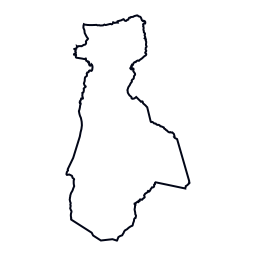 Morazan, Yoro, Honduras (Natural Earth projection)
{"feature_id": "27666195B65366922355243", "entity_name": "Morazan", "entity_type": "district", "adm_level": 2, "iso_a3": "HND", "parent_name": "Honduras", "parent_adm1": "Yoro", "projection": "natural_earth1", "projection_center": [-87.562, 15.347], "detail": "fine", "context": "isolated", "style": "outline", "palette": "ink", "viewbox_px": 256, "rotation_deg": 0, "n_neighbors": 0, "source": "geoboundaries", "source_scale": "gbopen_adm2", "svg_char_len": 5569}
<svg xmlns="http://www.w3.org/2000/svg" viewBox="0 0 256 256"><path d="M83.9,24.2L83.5,25.6L83.4,27.8L84.4,30.2L84.7,33.0L86.6,36.7L87.7,38.2L88.0,38.8L87.5,39.5L86.4,40.6L86.0,41.3L85.9,41.7L86.1,42.6L86.1,43.2L85.8,43.9L85.3,44.5L84.8,44.7L83.7,44.9L81.7,46.2L80.5,46.1L78.7,46.1L77.8,46.7L76.9,46.1L77.0,47.0L76.5,47.8L76.3,48.7L74.8,48.8L74.3,49.0L74.4,49.3L75.5,50.1L75.7,50.4L75.7,50.9L75.3,51.6L75.8,52.3L75.9,52.8L75.7,53.4L74.3,53.8L74.1,54.1L74.0,54.6L74.2,54.8L75.5,54.5L76.0,54.7L76.1,55.1L75.8,56.1L75.8,56.8L76.0,57.4L76.4,57.7L82.2,58.6L84.4,59.1L85.0,59.0L85.3,58.8L85.5,58.5L85.8,58.5L85.9,58.8L86.1,60.4L86.3,60.8L87.3,61.2L87.9,62.1L88.5,61.6L88.8,61.8L89.1,62.6L89.1,64.5L89.6,65.4L90.2,65.7L90.8,65.5L91.0,65.2L91.2,64.4L91.3,64.2L92.0,64.9L92.4,66.0L92.5,66.8L92.5,67.6L92.2,69.8L91.7,70.7L91.4,70.9L91.1,70.9L90.1,70.4L89.6,70.5L89.1,70.8L88.7,71.9L88.5,72.2L88.1,72.4L87.4,72.4L87.2,72.6L86.7,73.6L87.0,74.8L86.8,76.0L85.4,77.0L85.1,77.4L84.9,78.1L84.8,79.0L84.7,81.0L83.9,83.4L84.0,83.6L84.3,84.8L85.1,86.0L85.6,86.3L85.7,86.6L85.5,87.0L84.7,87.5L83.7,88.6L83.7,88.9L83.9,89.7L83.8,91.0L83.4,91.9L83.4,92.3L83.2,92.5L82.3,93.0L82.5,93.9L82.3,95.9L82.8,97.6L82.9,98.5L82.7,98.7L82.2,98.4L81.9,98.3L81.2,98.5L80.7,100.3L80.0,101.1L80.3,101.9L79.7,102.3L79.8,102.8L80.2,103.1L80.1,103.5L80.7,103.9L80.1,105.6L79.9,107.5L79.4,109.7L78.9,111.1L79.4,113.8L80.0,115.9L80.9,117.9L81.7,121.8L81.9,125.3L81.4,129.1L80.6,132.2L79.8,136.6L73.2,157.9L67.7,169.3L68.0,170.2L68.0,170.5L67.4,171.2L66.9,172.0L66.5,173.7L66.5,174.4L66.9,174.9L67.3,174.9L69.2,174.5L71.7,175.7L72.1,176.1L72.5,177.7L73.1,178.3L73.8,178.7L74.1,179.3L73.7,180.6L73.7,183.3L73.9,184.9L74.2,186.1L73.3,188.3L72.5,190.6L71.0,193.2L70.3,195.5L70.2,196.7L69.9,197.9L69.9,198.8L69.7,199.6L70.2,201.9L70.7,203.1L70.3,204.8L70.7,205.9L70.3,207.8L70.2,208.5L70.7,209.5L70.9,210.2L71.3,210.7L71.5,211.4L71.4,212.2L71.0,213.5L70.8,215.1L71.0,217.3L71.3,218.1L71.1,218.6L71.0,218.9L71.2,219.6L91.7,232.7L93.1,235.5L100.9,240.5L112.5,239.2L116.9,240.6L117.1,240.5L117.2,240.2L118.4,237.1L120.2,236.0L122.2,235.3L123.0,233.8L123.5,233.1L124.2,231.4L125.1,230.3L127.1,229.2L128.6,227.8L130.2,226.7L131.1,226.2L132.4,225.7L132.6,225.4L133.2,223.0L133.9,221.2L134.2,219.0L134.9,218.1L135.5,218.0L135.6,217.9L136.0,215.8L135.8,215.1L135.3,214.2L135.2,212.6L134.6,209.7L134.6,209.2L135.0,207.0L135.0,205.9L135.4,205.3L135.5,204.9L135.4,204.6L134.6,204.2L134.5,203.9L134.6,203.5L134.9,203.4L135.6,203.4L135.8,202.9L136.3,202.7L136.6,202.3L137.0,202.2L137.4,201.8L137.7,201.8L138.2,202.0L138.5,201.1L139.1,201.4L139.5,201.2L139.7,200.9L139.7,199.8L140.1,199.4L140.8,199.6L141.2,199.5L141.9,199.8L143.2,198.5L144.4,197.6L144.7,197.1L144.1,195.3L144.8,194.4L144.9,194.0L145.3,193.6L147.9,192.0L148.0,191.8L147.9,191.1L148.1,190.9L148.4,191.0L148.9,191.6L149.3,191.5L150.0,190.6L150.9,188.8L151.6,188.1L151.9,187.4L153.2,187.3L153.8,186.9L154.1,186.4L154.1,184.7L154.3,184.5L154.7,184.4L154.9,184.3L154.9,184.0L155.0,182.9L155.6,182.3L185.3,188.5L185.3,187.7L185.7,187.1L185.8,186.1L187.4,185.1L188.5,183.9L189.3,183.3L189.5,182.9L189.0,182.2L189.2,181.7L189.2,181.1L177.1,139.1L175.1,138.1L174.6,137.7L174.1,137.0L174.5,136.8L174.6,136.5L173.9,134.0L172.3,132.4L172.0,132.4L171.1,132.6L170.3,132.1L169.3,132.4L168.1,131.7L167.4,131.1L167.1,130.6L166.0,130.0L165.4,129.3L165.3,129.1L164.5,128.8L164.0,128.2L163.9,127.6L163.6,127.3L162.9,127.1L161.4,126.4L160.4,126.3L159.8,125.5L158.8,124.9L157.5,124.9L156.8,124.6L156.4,124.4L155.7,123.6L154.1,123.4L153.2,122.5L152.5,122.0L151.9,121.9L151.7,122.0L151.2,122.1L150.9,121.8L150.6,121.2L147.2,107.2L146.5,106.6L145.6,105.5L144.3,104.4L143.1,103.3L142.6,101.6L142.0,101.3L141.1,101.8L136.2,97.0L135.3,97.8L133.9,98.6L132.5,98.8L131.8,98.5L131.6,98.3L131.6,97.6L131.3,96.9L129.4,95.3L128.2,93.4L127.8,92.6L127.6,90.5L127.4,90.1L127.8,89.0L128.3,87.3L129.9,84.9L130.5,83.5L131.8,81.8L131.9,81.4L131.7,80.7L131.8,80.4L132.3,79.6L133.3,79.0L133.7,78.5L134.0,76.3L134.2,75.8L135.0,74.9L135.1,74.4L135.0,73.6L133.3,71.1L133.3,70.5L133.6,69.2L133.4,68.6L132.9,68.5L131.9,69.3L131.4,69.4L130.9,69.1L130.3,68.4L130.3,68.1L131.2,67.5L131.8,66.8L131.8,66.6L131.2,66.2L132.0,64.7L132.2,64.8L132.4,65.2L132.7,65.1L133.0,64.6L133.2,63.9L133.5,63.3L133.7,63.0L134.5,62.2L134.8,62.1L135.7,62.1L136.3,61.2L137.7,60.5L137.9,60.5L138.8,60.8L139.1,60.7L139.4,60.2L139.8,59.9L142.1,58.3L144.1,56.4L145.8,55.3L146.2,54.7L146.2,54.1L146.1,53.7L145.7,53.2L145.3,53.0L145.2,52.7L145.3,52.3L146.1,51.3L146.2,50.9L146.2,50.5L145.6,49.6L145.8,47.7L146.5,46.9L146.6,46.6L146.5,46.2L146.0,45.1L146.0,44.2L146.2,42.8L146.2,41.9L146.1,41.3L145.7,40.6L145.7,40.4L145.8,40.2L145.6,39.7L145.9,39.2L145.6,38.8L144.9,38.5L144.6,38.3L144.7,38.1L145.3,37.4L145.1,36.6L144.6,35.3L144.7,34.9L145.0,34.2L145.0,33.7L144.7,33.1L143.9,32.4L143.8,30.8L143.4,29.8L143.6,28.4L143.6,27.1L143.1,26.2L143.4,25.6L143.1,24.4L143.6,23.6L144.1,23.3L144.9,23.6L145.2,23.3L145.3,22.2L145.0,21.4L144.4,21.0L143.8,20.8L143.7,21.0L142.7,21.0L141.9,20.2L141.1,18.0L140.4,16.9L139.7,16.6L138.5,16.3L137.6,15.5L137.0,15.4L134.3,16.1L133.2,16.8L130.8,17.1L130.3,17.7L129.7,17.6L129.3,17.7L129.0,18.0L128.6,18.7L128.3,19.6L127.2,19.9L126.4,20.7L126.1,20.9L125.5,20.9L124.8,20.6L123.6,19.2L123.4,19.2L121.0,20.4L119.7,20.7L117.5,21.3L117.4,21.5L117.8,22.6L116.1,22.6L114.6,22.9L113.2,22.3L112.7,23.5L112.2,24.1L111.7,24.3L110.3,23.9L106.0,25.0L105.4,25.0L104.4,24.6L103.0,25.4L100.4,25.5L100.0,25.5L99.4,25.2L97.4,25.3L96.6,24.9L91.6,25.1L87.8,25.0L84.7,24.6L83.9,24.2Z" fill="none" stroke="#020617" stroke-width="2"/></svg>